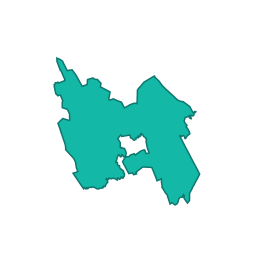 Viļānu pag., Vilanu, Latvia, rotated 66°
{"feature_id": "27541924B60521943034244", "entity_name": "Viļānu pag.", "entity_type": "district", "adm_level": 2, "iso_a3": "LVA", "parent_name": "Latvia", "parent_adm1": "Vilanu", "projection": "equal_earth", "projection_center": [26.923, 56.553], "detail": "fine", "context": "isolated", "style": "filled", "palette": "teal", "viewbox_px": 256, "rotation_deg": 66, "n_neighbors": 0, "source": "geoboundaries", "source_scale": "gbopen_adm2", "svg_char_len": 5880}
<svg xmlns="http://www.w3.org/2000/svg" viewBox="0 0 256 256"><g transform="rotate(66 128 128)"><path d="M150.3,149.4L149.1,148.3L148.5,147.4L148.7,147.1L150.1,146.9L151.1,146.6L151.5,146.2L151.4,145.9L150.6,145.3L149.8,144.7L150.0,144.3L150.2,144.0L150.7,143.9L151.7,144.0L152.3,143.9L153.0,142.6L151.8,141.0L150.1,139.8L148.2,139.5L146.5,139.6L146.1,139.7L145.3,139.5L144.8,140.1L144.0,141.8L143.2,141.7L142.9,142.9L142.6,143.0L138.3,141.0L135.9,141.4L135.6,141.3L133.6,141.7L131.4,137.5L133.2,137.1L135.2,129.1L138.0,129.7L138.5,129.1L139.3,128.5L140.3,128.1L141.2,127.8L141.6,127.6L141.7,127.4L141.6,126.6L141.4,126.1L141.6,125.5L141.5,125.3L141.3,125.1L140.4,124.8L140.1,124.6L140.5,124.0L140.6,123.7L140.5,123.3L140.9,122.7L139.9,122.5L139.4,122.3L139.4,122.1L140.0,121.9L140.6,121.8L140.7,121.7L140.5,121.3L140.1,120.9L140.3,120.7L140.3,120.4L140.5,120.0L140.3,119.5L140.1,119.5L139.9,119.1L139.2,118.9L139.5,119.1L139.4,119.3L138.3,119.1L138.3,118.9L138.6,118.1L138.8,117.9L140.1,117.4L142.2,117.1L143.3,116.2L143.7,116.1L144.3,116.1L144.7,116.0L145.2,115.9L145.4,115.6L146.3,116.2L146.5,116.3L146.3,116.0L147.3,116.6L149.1,117.3L150.7,117.7L154.0,118.4L155.5,118.6L157.1,118.7L159.3,118.7L159.2,119.6L159.2,120.1L159.0,121.1L158.7,121.8L154.9,121.7L154.9,121.9L154.7,121.9L154.4,122.8L154.3,123.1L154.3,126.3L155.2,130.2L155.2,130.5L155.5,131.5L155.6,132.4L154.0,132.8L153.8,134.6L153.7,137.1L154.6,138.9L153.3,141.5L153.9,142.3L153.8,142.7L154.3,143.6L156.6,146.7L170.0,145.8L170.8,142.3L173.0,141.8L173.4,139.0L171.9,139.0L172.1,138.3L171.5,138.3L171.1,136.7L170.8,136.2L170.9,135.6L169.6,130.4L169.7,130.2L172.6,124.4L173.8,122.3L177.9,122.4L185.1,122.7L188.0,123.0L188.1,121.6L188.0,118.2L191.2,119.5L195.1,120.5L195.9,121.1L196.2,121.0L196.7,120.9L203.1,120.1L204.1,119.4L212.9,120.3L214.6,120.5L214.1,118.0L216.7,116.8L217.5,116.2L217.3,114.5L216.4,112.8L214.8,111.6L213.0,109.8L212.5,108.1L213.4,106.5L213.4,106.3L213.2,106.3L211.4,104.5L212.8,104.1L214.8,105.3L215.6,105.3L220.8,104.2L219.3,101.3L212.7,98.3L212.7,98.2L212.2,97.7L210.1,94.9L207.4,91.9L207.3,91.7L207.3,91.4L203.5,86.7L203.0,85.9L199.3,81.3L197.1,81.5L196.5,81.4L180.8,82.5L175.3,82.8L174.1,82.9L168.1,83.3L166.9,83.5L166.7,83.6L166.6,83.4L159.0,83.8L158.7,84.0L156.2,83.9L156.1,83.5L156.2,83.3L157.3,82.7L157.5,82.5L157.6,82.1L157.3,81.2L157.3,80.8L157.3,80.5L157.5,80.4L158.1,80.1L158.7,79.9L159.2,80.0L160.4,80.2L160.8,80.2L161.0,79.9L161.0,79.6L160.9,79.4L160.1,78.5L159.4,77.3L159.2,76.9L158.8,75.1L158.5,74.0L158.1,73.7L157.5,73.6L156.2,73.6L153.4,73.7L152.4,73.9L150.8,74.5L150.4,74.4L150.2,74.1L150.0,73.4L149.8,73.1L149.2,73.2L146.5,73.9L145.1,73.9L144.3,73.8L143.8,73.5L143.3,72.7L142.3,72.2L141.8,71.8L141.7,71.6L142.0,70.1L141.7,68.7L141.8,68.1L142.1,67.9L142.9,67.8L144.3,67.4L145.0,66.9L145.3,66.5L145.3,66.4L145.2,66.3L144.7,66.2L142.2,66.6L141.9,66.5L141.7,66.4L141.6,66.0L141.6,65.7L141.8,65.4L142.7,64.9L143.2,64.3L143.3,63.6L143.2,62.9L143.0,62.6L142.2,62.2L141.3,61.2L141.0,60.2L140.8,59.4L140.5,59.4L140.1,60.4L140.6,62.2L139.7,62.4L133.5,62.9L126.5,66.8L124.9,69.2L122.5,71.4L115.8,74.1L115.7,74.2L108.0,77.6L103.1,79.5L97.8,80.6L92.3,82.9L91.8,82.6L91.3,82.6L91.2,82.7L92.3,92.3L92.6,94.4L92.7,94.9L93.1,95.8L95.3,100.2L96.1,102.2L96.9,103.5L97.4,104.1L103.1,106.7L103.5,107.1L105.2,107.7L107.2,108.8L109.4,109.8L108.0,111.9L107.6,115.2L107.7,115.7L107.5,116.5L107.6,117.1L107.9,119.3L108.2,123.0L103.0,123.5L103.0,123.4L101.7,123.5L101.2,123.9L101.1,124.3L100.6,124.7L96.8,128.4L96.4,128.6L95.3,129.6L95.3,130.6L95.1,133.4L94.1,134.0L87.7,129.7L79.2,136.5L76.2,134.5L71.3,136.2L70.4,137.6L69.8,138.8L68.0,139.6L67.3,145.3L71.8,147.7L71.4,150.4L71.3,152.9L58.4,154.0L52.1,155.4L50.8,160.2L42.5,160.6L40.3,160.6L38.1,161.9L36.5,163.2L35.5,164.3L35.2,164.5L38.1,165.8L46.2,166.3L47.8,166.4L47.8,165.9L58.2,166.0L58.4,166.3L59.0,166.4L58.7,173.2L57.5,173.5L57.8,175.5L57.1,176.0L58.2,176.8L58.7,177.3L58.4,177.7L59.7,178.3L60.0,178.5L67.3,180.0L70.1,178.9L70.0,177.3L70.4,176.5L72.7,176.4L76.9,176.6L77.7,177.6L82.7,179.8L86.3,175.8L91.3,175.7L97.2,178.1L97.3,178.6L93.9,182.4L93.9,182.5L92.8,183.6L93.7,186.3L95.3,190.1L101.0,190.5L105.1,191.0L106.0,191.0L111.1,191.5L115.8,191.9L117.7,192.1L119.4,192.6L121.9,193.4L122.4,193.8L133.6,190.0L137.6,189.8L143.6,191.4L147.3,191.5L147.4,193.0L147.1,195.3L147.0,196.6L163.9,193.6L165.4,193.2L164.7,192.6L164.6,192.3L164.9,191.9L166.1,191.5L166.6,191.2L166.6,190.7L165.7,190.1L165.6,189.9L165.8,189.7L166.9,189.5L167.1,189.4L167.1,189.2L166.5,187.9L166.4,187.6L166.6,186.9L167.4,185.8L167.3,184.9L167.5,184.5L167.7,183.9L168.5,183.0L169.6,182.0L170.7,181.3L171.1,180.9L171.5,180.2L171.7,179.5L171.7,177.7L171.7,177.2L172.3,176.4L172.5,175.8L172.4,175.0L171.5,174.6L171.2,174.3L171.2,174.1L171.3,173.7L172.2,173.0L172.2,172.7L171.8,172.2L170.5,171.0L170.2,170.6L169.4,168.6L168.8,168.3L168.1,168.2L167.4,168.4L166.5,168.8L166.0,168.9L165.6,168.7L165.5,168.3L165.7,167.9L166.9,167.0L167.0,166.8L167.0,166.6L166.9,166.4L166.1,166.0L166.1,165.8L166.1,165.6L166.2,165.4L167.4,164.2L167.7,163.8L167.7,163.5L167.6,162.9L168.4,161.1L168.6,160.8L169.5,160.3L169.9,159.8L171.2,159.1L171.2,158.8L171.1,158.7L169.8,158.3L169.5,158.1L169.4,157.8L169.5,157.4L171.3,156.7L171.4,156.3L171.3,155.4L170.9,154.8L170.1,154.3L170.1,154.0L170.1,153.7L170.4,153.5L170.6,153.4L171.7,153.3L171.8,153.0L171.7,152.8L171.4,152.6L171.0,152.0L170.8,151.3L170.6,151.1L169.4,150.3L168.2,149.8L167.7,149.8L167.1,150.2L166.8,150.2L165.9,149.7L165.5,149.6L164.8,149.8L164.2,150.4L162.9,150.8L162.5,151.4L162.1,151.6L160.3,151.6L160.0,151.6L159.3,151.2L158.9,151.1L158.6,151.6L158.4,152.1L158.0,152.5L157.5,152.5L157.2,152.4L156.2,152.1L155.8,151.8L155.5,151.7L155.2,151.8L154.8,152.2L154.7,153.0L154.0,153.1L153.7,152.9L153.2,152.0L152.6,151.3L152.0,150.8L150.9,150.3L150.7,150.2L150.3,149.7L150.3,149.4Z" fill="#14b8a6" stroke="#0f766e" stroke-width="1.5"/></g></svg>